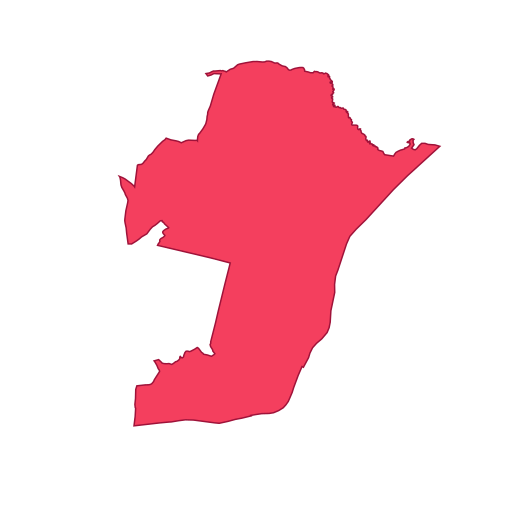 outline of Soplaviento, Bolívar, Colombia, rotated 194°
{"feature_id": "7082276B6546865194855", "entity_name": "Soplaviento", "entity_type": "district", "adm_level": 2, "iso_a3": "COL", "parent_name": "Colombia", "parent_adm1": "Bolívar", "projection": "orthographic", "projection_center": [-75.12, 10.341], "detail": "fine", "context": "isolated", "style": "filled", "palette": "rose", "viewbox_px": 512, "rotation_deg": 194, "n_neighbors": 0, "source": "geoboundaries", "source_scale": "gbopen_adm2", "svg_char_len": 6127}
<svg xmlns="http://www.w3.org/2000/svg" viewBox="0 0 512 512"><g transform="rotate(194 256 256)"><path d="M230.6,95.2L222.0,99.7L222.4,100.1L217.9,102.1L212.4,104.4L205.2,106.4L201.0,108.2L196.6,111.5L192.9,115.3L191.0,118.8L189.5,122.7L188.9,126.2L187.9,132.4L187.6,137.6L186.2,150.3L184.6,159.9L183.1,159.5L180.4,170.1L180.2,174.8L178.9,180.7L176.1,186.0L172.1,191.6L168.5,198.9L167.7,204.1L168.0,209.8L170.1,221.0L170.8,239.7L172.9,247.5L173.9,255.8L173.1,262.3L171.1,289.7L169.7,297.8L165.3,306.2L158.1,317.9L138.8,353.5L128.4,370.6L104.2,406.9L109.2,407.1L116.0,405.9L119.3,406.2L122.5,405.4L124.2,402.9L126.0,398.9L127.3,397.5L129.1,397.5L131.1,398.3L129.6,402.2L130.9,404.0L131.6,406.2L131.0,407.4L131.5,407.6L131.8,407.5L132.6,407.6L133.3,407.3L134.8,405.8L134.9,405.3L134.7,404.8L134.9,404.5L136.4,403.7L136.8,403.0L135.9,402.7L134.3,403.1L134.0,402.5L133.6,402.2L133.5,401.7L134.2,399.6L135.4,398.2L136.2,397.5L137.7,396.8L137.6,396.0L137.8,395.8L140.6,394.1L141.1,393.9L143.4,392.1L145.2,390.4L146.0,388.6L146.7,386.2L155.7,385.4L157.1,386.7L158.2,388.1L158.8,388.2L159.5,388.1L160.1,388.3L160.9,388.2L162.0,388.3L162.7,388.4L163.5,388.8L163.9,389.2L163.7,389.8L163.9,390.3L165.3,391.1L165.6,390.9L166.4,391.0L166.7,391.0L166.8,391.5L167.9,391.4L168.1,391.5L168.4,392.2L168.6,392.3L168.9,392.3L168.7,391.4L168.8,391.3L169.0,391.3L169.6,391.6L170.5,392.8L171.2,392.6L171.7,392.9L172.0,392.9L172.3,392.5L172.8,392.4L172.9,392.6L172.7,393.4L173.4,393.4L173.5,393.6L173.0,394.4L173.1,395.0L173.4,395.1L173.7,394.4L174.3,394.2L175.0,393.6L175.6,394.2L175.7,395.1L176.2,395.3L176.5,394.8L176.8,394.9L177.5,395.5L177.9,396.4L178.0,398.0L178.2,398.5L178.6,398.8L179.4,399.0L179.7,399.7L181.1,400.3L182.7,400.6L183.2,400.8L184.0,401.8L184.4,402.9L185.0,403.2L185.3,403.6L185.3,404.5L185.7,404.6L186.2,404.4L187.0,403.5L187.9,403.8L188.5,405.1L188.6,406.4L188.9,406.9L189.2,407.1L190.4,407.2L194.3,406.3L194.8,406.5L195.1,407.1L194.8,408.9L194.9,409.2L195.8,409.6L196.2,410.1L196.3,411.2L196.4,411.4L197.4,411.8L198.1,412.8L198.5,413.0L199.6,412.6L199.9,413.0L200.0,413.7L200.4,414.5L200.7,416.1L201.0,416.4L201.6,416.7L201.9,418.1L202.2,418.2L202.2,417.4L202.5,417.2L203.0,417.5L203.4,417.9L203.8,419.2L204.0,419.5L204.9,419.8L206.1,419.7L206.6,419.9L207.1,420.6L207.4,420.6L208.9,420.0L209.3,420.0L210.3,420.4L210.8,420.1L211.5,420.2L212.4,420.9L212.6,420.9L213.2,420.7L213.6,420.0L214.3,419.7L215.2,419.9L216.5,419.7L216.8,419.8L217.1,420.1L217.2,420.5L216.5,420.9L215.8,421.0L215.9,421.3L216.2,421.5L217.8,421.2L218.2,421.3L218.2,422.0L217.3,422.9L217.1,423.3L217.9,423.6L218.9,423.5L219.1,423.7L219.4,424.2L219.3,425.0L219.6,426.0L219.5,426.8L220.0,427.2L220.7,427.4L220.9,427.7L221.0,428.0L220.1,428.9L220.3,429.4L221.0,429.7L221.8,429.7L222.1,430.2L221.7,430.9L221.1,431.1L220.8,431.4L221.1,432.1L220.2,433.0L220.2,433.3L220.4,433.6L221.2,434.0L221.3,434.2L220.5,435.8L220.5,436.7L220.8,437.0L221.3,436.4L221.8,436.4L222.1,438.6L223.2,439.2L223.3,439.6L222.7,440.5L223.2,441.2L223.9,441.6L225.6,441.8L226.0,442.0L226.1,442.6L225.8,442.9L224.1,443.0L224.2,443.8L226.7,445.3L226.9,445.8L227.6,446.3L227.8,446.7L227.9,447.6L228.0,447.9L228.3,448.1L228.7,448.0L229.2,447.4L229.4,447.4L229.8,448.2L229.3,448.7L229.4,449.3L231.3,450.2L232.8,450.3L233.6,449.5L234.7,449.2L235.3,449.7L236.5,449.7L237.7,449.2L238.9,449.1L240.4,449.6L241.6,449.6L242.7,449.3L244.0,449.3L244.9,447.6L247.5,447.0L249.8,447.2L253.5,447.1L253.9,448.4L255.0,449.7L256.0,450.2L257.3,450.0L259.6,449.3L263.7,447.4L266.1,445.8L267.2,444.8L268.4,444.4L269.7,444.7L271.1,445.9L273.2,446.9L276.5,446.8L279.9,447.7L281.5,448.5L282.4,448.4L284.4,447.7L288.1,448.4L290.7,448.2L292.9,447.6L294.6,446.4L296.6,445.8L301.9,445.0L305.8,444.0L312.9,440.9L318.5,438.2L320.1,437.1L323.2,432.7L326.2,430.9L329.4,427.4L330.7,427.8L331.9,427.7L333.0,427.9L334.1,427.3L335.5,427.3L340.6,425.5L342.0,425.2L343.4,424.2L345.5,422.3L348.7,420.9L346.4,419.0L343.3,420.8L341.0,422.8L334.6,424.1L333.9,424.4L334.0,422.8L336.1,402.8L336.6,390.4L337.4,385.8L337.6,383.8L337.2,381.7L337.2,379.6L336.7,376.5L336.7,372.4L337.0,370.9L338.3,366.5L340.5,361.1L341.1,360.3L341.4,358.0L341.0,355.0L340.7,353.7L341.1,354.0L343.1,353.4L349.5,352.1L351.8,351.0L355.9,347.8L358.9,348.4L361.6,348.4L366.7,348.1L371.7,348.6L372.5,346.8L374.4,344.6L377.9,338.9L379.9,334.8L381.0,331.8L382.3,329.5L383.7,328.2L384.6,327.1L385.8,323.1L386.9,321.3L388.1,318.6L389.3,317.2L392.4,316.1L393.0,315.3L390.5,293.7L391.2,294.3L394.3,296.0L401.5,299.0L404.2,299.7L407.8,300.2L407.0,299.4L405.8,296.8L404.2,292.3L402.8,290.1L399.9,287.1L398.5,285.5L397.6,284.0L394.8,281.0L393.6,278.9L393.4,276.5L393.2,268.3L392.2,260.3L391.9,258.6L391.0,256.4L388.8,251.9L387.0,246.8L383.0,236.8L379.6,237.6L375.9,241.4L373.5,244.2L371.6,246.9L367.3,251.1L365.1,256.4L363.5,259.3L361.5,261.3L359.7,263.6L357.3,267.1L355.7,267.6L355.4,266.8L354.9,266.4L354.0,266.4L352.6,265.1L347.6,262.4L347.7,261.9L350.0,260.3L350.7,259.5L351.7,258.3L352.2,257.4L352.3,256.7L352.1,256.1L351.4,255.3L349.6,254.1L349.4,253.8L349.5,253.4L350.4,251.9L352.4,250.0L353.2,248.7L353.2,247.9L352.8,246.8L352.9,246.4L353.3,245.1L353.7,244.5L354.1,242.5L300.0,243.2L279.3,243.0L279.4,220.7L279.3,193.3L279.1,181.1L279.2,161.8L278.8,160.4L279.1,158.9L278.1,157.1L275.5,154.6L274.9,153.3L272.3,151.3L272.4,150.9L273.1,149.9L275.0,147.9L279.1,148.2L283.1,148.0L284.0,148.8L285.5,149.3L289.5,152.6L290.9,153.0L293.1,150.6L296.3,147.8L297.5,147.1L299.0,147.2L300.0,147.0L300.9,146.6L301.6,145.1L302.0,142.2L301.9,140.6L302.7,139.4L303.7,139.3L305.2,140.2L305.5,139.4L305.1,138.4L305.5,136.9L307.0,134.8L308.5,133.9L310.2,131.7L311.5,130.4L314.4,130.6L316.4,129.9L318.7,129.4L320.6,129.3L321.3,129.4L321.7,129.8L325.4,131.9L329.5,129.6L328.2,128.5L325.7,125.9L323.6,123.0L322.6,122.2L322.1,121.7L321.6,120.6L324.7,111.4L325.0,109.4L326.3,106.8L327.6,105.7L329.2,105.0L332.4,104.1L340.2,101.2L340.4,97.4L338.4,88.4L337.6,82.7L336.5,79.7L336.0,79.3L334.4,70.9L333.3,61.7L309.5,70.6L300.4,73.8L298.1,74.5L291.4,77.4L284.8,80.0L277.0,81.7L255.8,84.1L251.2,84.8L243.1,88.8L236.5,92.5L230.6,95.2Z" fill="#f43f5e" stroke="#9f1239" stroke-width="1.5"/></g></svg>